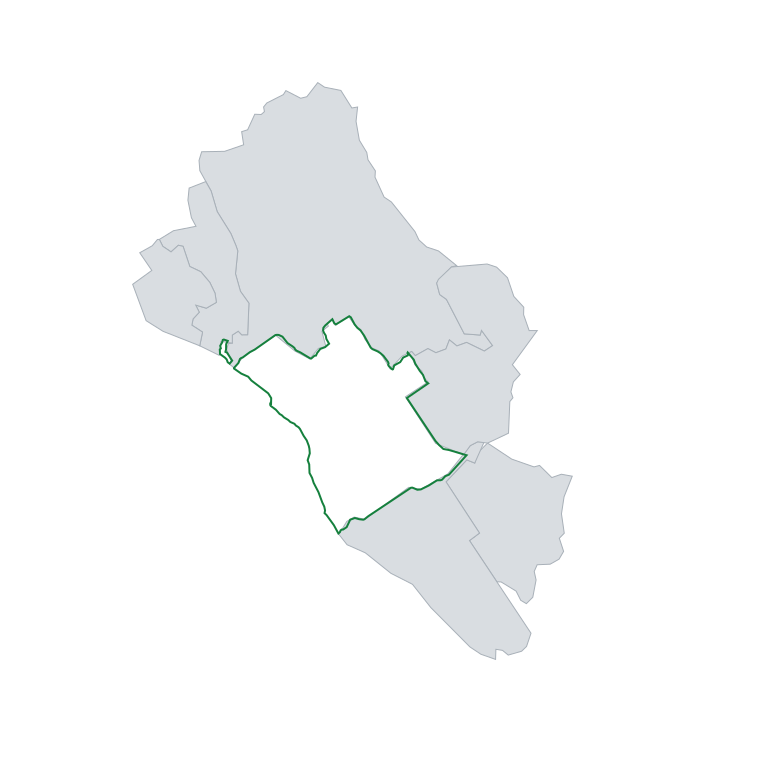 map of Angola with Democratic Republic of the Congo, Botswana, Namibia and 3 others greyed out, rotated 326°
{"feature_id": "AGO", "entity_name": "Angola", "entity_type": "country or territory", "adm_level": 0, "iso_a3": "AGO", "parent_name": "Africa", "parent_adm1": "", "projection": "equal_earth", "projection_center": [17.424, -11.224], "detail": "medium", "context": "with_neighbors", "style": "outline", "palette": "green", "viewbox_px": 768, "rotation_deg": 326, "n_neighbors": 6, "source": "natural_earth", "source_scale": "50m", "svg_char_len": 5435}
<svg xmlns="http://www.w3.org/2000/svg" viewBox="0 0 768 768"><g transform="rotate(326 384 384)"><path d="M491.9,237.2L494.9,274.9L493.5,284.1L496.0,294.3L503.6,304.2L510.4,326.5L505.3,324.7L484.1,329.8L480.2,341.0L483.1,348.8L478.6,387.3L491.1,397.2L494.8,394.0L495.5,412.9L485.6,412.8L475.7,395.7L465.7,393.2L462.9,384.0L454.9,389.6L444.5,387.1L440.2,379.2L425.8,378.0L425.1,372.5L414.7,371.0L397.6,374.8L398.5,353.9L394.1,347.4L393.2,336.5L395.2,325.9L392.6,319.1L392.4,307.9L376.4,308.1L377.6,301.7L370.9,301.8L370.2,304.9L362.0,305.6L356.8,320.3L349.5,317.8L336.5,321.7L328.5,306.7L321.4,283.0L282.7,282.7L268.8,286.9L267.0,281.4L270.3,279.5L272.8,267.3L277.6,263.5L281.1,265.3L285.6,258.6L292.7,258.7L293.6,263.7L298.5,266.9L317.2,241.5L316.8,226.9L322.5,209.6L337.2,191.9L338.7,186.3L341.2,173.6L342.1,147.8L348.6,127.3L350.6,104.2L355.7,95.2L362.7,89.5L382.0,102.0L401.4,107.2L407.1,95.2L413.1,97.0L427.7,88.1L432.9,91.9L437.2,91.3L439.1,87.0L444.0,85.5L462.4,87.8L466.7,85.9L474.7,100.5L480.7,102.7L497.6,97.1L500.7,104.7L512.4,116.5L511.7,137.2L517.0,139.6L507.7,150.6L499.9,168.1L499.2,182.4L496.1,189.2L496.0,202.5L492.2,207.5L488.6,229.1L491.9,237.2Z" fill="#d9dde1" stroke="#a8b0b8" stroke-width="1"/><path d="M488.5,565.7L470.2,578.2L458.5,590.9L450.0,608.5L443.1,609.9L439.3,623.2L431.2,627.1L421.0,626.3L409.9,619.5L403.7,623.4L400.5,631.5L388.1,644.0L379.2,645.7L376.4,639.8L377.7,629.6L370.4,613.6L367.0,611.1L367.3,561.6L379.8,561.0L380.7,499.8L410.2,493.2L415.0,500.3L423.3,493.5L436.8,490.9L447.9,517.7L462.0,536.6L467.4,538.5L470.8,555.4L480.6,558.0L488.5,565.7Z" fill="#d9dde1" stroke="#a8b0b8" stroke-width="1"/><path d="M367.3,561.6L366.5,672.8L355.4,681.3L348.7,682.5L335.4,678.2L333.3,671.1L328.4,666.5L322.5,674.7L313.2,662.2L308.2,650.0L297.8,595.6L295.6,566.0L283.9,544.9L274.1,513.5L263.5,496.6L262.5,483.4L276.4,477.1L284.8,477.6L292.5,485.5L346.7,483.5L355.6,491.8L386.7,494.2L421.1,483.3L429.4,484.3L434.4,488.2L415.0,500.3L410.2,493.2L380.7,499.8L379.8,561.0L367.3,561.6Z" fill="#d9dde1" stroke="#a8b0b8" stroke-width="1"/><path d="M349.4,116.5L348.6,127.3L342.1,147.8L341.2,173.6L338.7,186.3L337.2,191.9L322.5,209.6L316.8,226.9L317.2,241.5L298.5,266.9L293.6,263.7L292.7,258.7L285.6,258.6L281.1,265.3L272.7,257.5L263.4,268.1L252.6,249.3L262.6,239.5L257.6,227.8L262.1,223.3L271.0,221.2L272.0,213.3L279.1,221.8L290.7,222.6L294.7,214.2L296.4,202.4L294.9,188.5L288.7,178.0L294.4,157.5L291.1,154.0L281.3,155.4L277.6,146.2L278.6,138.5L295.2,139.2L316.3,148.1L317.3,138.5L324.2,122.0L332.0,112.6L349.4,116.5Z" fill="#d9dde1" stroke="#a8b0b8" stroke-width="1"/><path d="M254.9,138.6L269.2,139.8L277.0,137.5L278.6,138.5L277.6,146.2L281.3,155.4L291.1,154.0L294.4,157.5L288.7,178.0L294.9,188.5L296.4,202.4L294.7,214.2L290.7,222.6L279.1,221.8L272.0,213.3L271.0,221.2L262.1,223.3L257.6,227.8L262.6,239.5L252.6,249.3L230.3,216.8L222.2,198.5L231.4,160.8L255.0,160.0L254.9,138.6Z" fill="#d9dde1" stroke="#a8b0b8" stroke-width="1"/><path d="M505.3,324.7L536.6,342.2L542.7,350.1L545.8,365.0L540.6,384.0L542.8,398.5L538.5,404.6L534.2,420.9L540.9,425.4L501.2,439.8L502.2,452.2L492.4,454.6L484.8,461.5L483.2,467.5L478.5,468.9L459.7,494.4L436.8,490.9L429.4,484.3L421.1,483.3L410.5,487.2L393.6,462.2L394.6,406.6L421.7,406.9L420.6,400.8L422.6,394.3L420.4,386.0L421.9,377.5L420.6,372.1L425.1,372.5L425.8,378.0L440.2,379.2L444.5,387.1L454.9,389.6L462.9,384.0L465.7,393.2L475.7,395.7L485.6,412.8L495.5,412.9L494.8,394.0L491.1,397.2L478.6,387.3L483.1,348.8L480.2,341.0L484.1,329.8L487.6,327.7L505.3,324.7Z" fill="#d9dde1" stroke="#a8b0b8" stroke-width="1"/><path d="M421.3,371.1L422.3,380.5L421.3,384.5L421.0,393.0L421.4,398.3L419.9,404.9L421.0,408.2L395.1,408.4L394.8,460.0L395.5,465.3L396.9,471.1L400.8,474.9L412.6,489.2L387.2,495.5L383.3,494.7L378.6,495.8L377.0,495.4L374.1,493.5L364.4,493.2L355.6,492.0L352.5,490.3L349.6,485.8L348.4,485.1L297.1,484.8L292.0,485.2L290.9,484.9L287.8,482.2L284.9,478.8L280.1,477.6L273.0,481.8L268.7,481.8L267.4,481.0L266.1,481.1L264.7,482.1L262.6,482.4L263.5,473.0L263.1,460.5L262.5,457.8L264.4,455.9L265.9,452.3L266.6,447.7L269.2,437.0L270.4,426.6L271.9,421.6L272.5,416.1L277.0,408.9L278.1,404.5L283.7,400.0L286.0,395.9L287.1,393.1L288.4,387.6L288.4,381.9L289.2,374.3L289.0,372.1L287.7,369.1L287.5,366.9L285.1,363.1L284.5,360.3L282.4,355.7L281.8,352.7L280.7,350.5L280.0,345.0L277.9,339.0L277.9,338.0L278.5,336.8L279.1,336.4L278.6,338.2L282.6,332.6L282.8,327.0L276.0,306.9L275.5,302.0L271.5,295.6L268.3,287.3L268.6,286.8L275.0,285.2L278.6,282.7L280.2,282.6L281.7,283.0L290.6,282.6L296.1,283.2L321.3,282.7L322.8,283.4L324.2,284.5L326.3,288.0L326.9,296.1L329.2,301.6L329.9,303.9L329.7,305.6L330.1,307.4L332.3,311.0L337.3,321.8L337.9,322.2L342.3,321.7L343.5,322.4L345.9,320.9L350.8,319.3L355.8,320.5L361.0,319.9L361.4,314.4L362.8,311.2L362.9,307.7L363.5,305.4L365.2,303.5L368.0,302.6L377.4,301.4L376.7,306.0L377.6,307.7L393.1,308.4L393.8,310.2L393.0,318.1L393.3,322.5L394.5,326.5L394.6,332.7L393.3,346.4L393.9,348.6L396.9,353.3L398.3,356.5L399.3,360.3L399.7,367.9L399.3,369.5L398.3,370.3L398.0,371.4L398.6,375.5L399.2,376.7L399.7,376.8L402.9,374.3L409.7,374.9L414.7,372.8L419.6,373.6L420.5,373.0L420.8,371.4L421.3,371.1ZM278.6,260.9L275.4,262.7L272.4,267.0L270.5,268.7L271.4,270.1L271.2,279.7L267.4,280.8L266.6,278.6L267.3,275.7L266.9,273.2L264.8,267.5L267.2,263.5L268.6,263.3L269.6,260.7L273.0,259.1L275.0,257.3L276.1,257.6L278.6,260.9Z" fill="none" stroke="#15803d" stroke-width="2"/></g></svg>